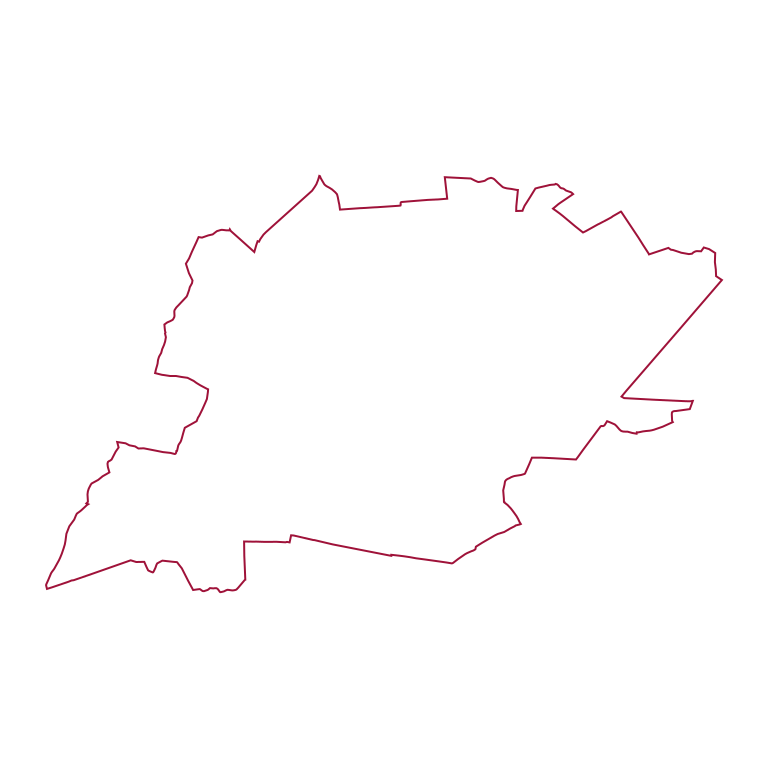 Sannicolau Roman, Bihor, Romania
{"feature_id": "2599482B50949816567850", "entity_name": "Sannicolau Roman", "entity_type": "district", "adm_level": 2, "iso_a3": "ROU", "parent_name": "Romania", "parent_adm1": "Bihor", "projection": "equal_earth", "projection_center": [21.725, 46.968], "detail": "fine", "context": "isolated", "style": "outline", "palette": "rose", "viewbox_px": 768, "rotation_deg": 0, "n_neighbors": 0, "source": "geoboundaries", "source_scale": "gbopen_adm2", "svg_char_len": 6087}
<svg xmlns="http://www.w3.org/2000/svg" viewBox="0 0 768 768"><path d="M520.8,524.0L519.6,522.1L518.2,519.1L516.5,516.1L514.0,512.6L512.3,510.3L510.8,508.4L507.6,505.0L504.5,502.6L504.5,502.2L504.0,502.0L503.9,501.1L503.9,499.1L503.2,490.4L504.5,484.7L504.9,482.2L505.1,481.3L505.6,480.6L506.2,479.9L507.0,479.3L507.9,478.8L509.3,478.2L511.1,477.2L512.9,476.5L514.5,476.0L520.9,475.0L522.7,474.5L524.3,474.0L525.0,473.6L529.2,464.2L531.9,457.7L542.1,457.7L553.1,458.2L576.0,459.5L577.7,457.3L583.1,449.8L597.6,430.4L600.6,426.4L601.3,426.0L603.0,426.1L604.1,425.6L604.6,425.2L607.1,421.2L610.2,422.4L613.8,424.0L614.7,424.4L615.2,424.8L616.4,425.9L619.5,429.5L621.0,430.8L622.2,431.3L623.8,431.6L627.7,431.7L632.4,433.0L636.6,433.7L636.8,432.3L638.1,432.4L639.7,432.1L643.0,431.4L646.2,431.0L649.5,430.7L651.7,430.3L654.0,429.7L662.7,426.7L672.8,422.1L672.4,421.5L672.1,420.6L671.8,414.5L671.9,412.8L672.0,412.4L672.5,411.8L673.3,411.4L673.8,411.2L674.3,411.1L676.1,411.0L689.8,409.1L692.8,400.9L692.3,400.9L691.6,401.1L689.9,401.3L685.6,401.2L653.5,399.7L624.1,398.1L621.5,396.6L626.4,390.7L680.6,328.0L721.9,280.0L716.1,276.2L715.8,269.4L714.9,262.1L715.2,253.0L709.4,249.3L709.1,249.1L703.8,247.5L701.1,251.3L696.8,251.1L695.4,251.4L693.4,252.4L692.0,253.7L688.9,254.1L681.1,252.7L680.3,252.4L673.0,250.0L670.9,249.7L669.2,248.5L668.4,247.9L649.0,254.4L648.6,253.5L643.2,245.2L638.5,237.7L634.1,231.1L621.1,211.6L620.8,211.6L620.0,212.1L617.6,213.5L612.9,216.2L611.4,217.3L608.5,218.9L599.2,223.8L597.9,224.4L585.7,231.2L583.0,232.5L575.2,226.3L563.0,216.1L559.7,213.5L555.6,210.5L553.7,209.2L553.0,208.6L555.0,207.0L558.3,204.2L560.7,202.5L573.1,194.1L572.3,193.3L571.2,192.4L570.5,192.1L567.9,191.2L566.5,190.7L565.8,190.4L564.2,189.1L563.3,188.6L562.5,188.4L561.3,188.2L560.4,187.7L559.7,187.0L559.1,186.2L558.1,185.1L557.0,184.3L555.6,183.9L554.8,184.5L551.2,184.8L549.6,185.0L546.9,185.7L538.6,187.6L535.4,188.5L530.1,197.1L527.0,202.0L524.6,205.7L523.1,209.1L522.5,210.8L516.2,211.0L516.3,206.4L517.9,190.0L516.6,189.9L511.1,188.9L507.1,188.4L505.4,188.0L504.0,187.6L502.8,187.1L501.6,186.1L497.7,182.6L495.1,180.0L494.1,179.1L493.1,178.5L492.2,178.2L491.3,177.9L490.8,177.9L490.1,178.1L488.3,178.6L487.4,179.1L486.3,179.7L485.7,180.2L484.7,180.8L483.6,181.1L480.1,181.8L478.6,182.0L477.6,181.8L476.5,181.3L474.7,180.5L470.8,178.5L444.8,177.2L447.2,198.7L438.6,199.4L427.8,199.9L410.0,201.3L401.7,202.0L401.2,202.2L400.8,202.4L400.7,202.7L400.6,203.5L400.7,204.5L400.6,205.1L400.5,205.5L400.2,205.6L398.3,205.8L377.5,207.2L373.3,207.4L365.8,207.9L359.6,208.2L340.0,209.6L339.3,204.6L338.7,201.9L337.8,197.2L337.2,194.9L336.7,193.8L336.5,193.7L335.3,192.3L332.0,189.4L329.5,187.8L326.4,186.1L325.0,185.0L324.3,184.3L322.3,180.9L320.6,177.9L320.0,176.2L319.3,175.9L318.1,179.9L316.4,184.2L314.6,187.1L312.1,190.7L265.9,232.2L263.5,234.6L260.3,239.1L259.0,241.7L257.6,241.2L256.3,245.0L254.3,252.0L239.7,238.9L230.8,231.0L229.8,229.3L229.3,230.4L226.1,230.3L222.7,229.9L221.2,229.9L219.6,230.3L218.5,230.7L217.2,231.0L215.9,231.9L213.6,233.7L212.7,234.4L208.3,235.4L202.0,237.6L198.6,237.1L196.3,242.3L191.9,251.8L189.1,258.4L185.9,263.7L188.9,273.1L192.5,280.5L192.0,283.2L189.8,287.2L189.1,290.0L187.2,295.4L186.6,296.6L180.4,303.2L176.3,307.5L174.7,309.9L174.4,310.8L174.3,311.6L174.5,315.9L174.2,317.3L173.7,318.2L172.9,319.6L172.2,320.1L170.1,321.2L167.3,322.4L165.5,323.7L164.4,324.5L164.7,328.1L164.8,328.9L165.0,330.8L165.5,332.6L165.0,333.3L165.9,337.2L165.1,341.6L164.0,345.0L162.2,349.1L161.2,352.9L159.2,356.4L158.8,357.4L158.0,360.1L157.6,363.5L157.1,365.5L155.9,369.6L155.1,373.1L161.9,374.8L164.2,375.1L166.8,375.5L170.1,376.0L172.6,376.0L176.0,376.0L181.7,377.0L187.5,377.8L193.8,381.0L196.1,382.7L197.2,383.4L200.3,385.3L205.0,387.8L206.9,388.8L208.1,389.3L207.9,392.0L206.9,399.0L205.2,403.0L202.3,409.5L199.2,415.8L198.0,417.6L196.6,421.2L184.8,427.8L183.3,432.8L181.9,438.0L181.1,440.6L180.3,442.3L179.0,444.1L178.3,445.4L177.2,450.2L176.9,451.0L176.4,451.0L176.1,452.8L175.6,453.6L174.9,454.0L174.3,453.9L170.4,452.9L163.0,452.1L157.0,450.9L143.7,448.3L138.4,448.5L135.1,446.4L129.4,445.3L125.6,443.3L117.2,442.0L118.6,447.5L115.7,451.6L111.6,459.5L110.3,460.5L108.9,461.2L108.0,461.9L107.7,462.9L107.5,463.8L107.6,464.7L107.8,466.5L108.0,467.5L109.4,472.4L102.4,476.4L102.0,476.8L98.2,479.9L91.6,483.5L90.7,484.8L88.8,488.5L87.9,491.3L87.5,494.4L87.9,501.4L87.9,501.8L86.4,503.4L88.2,504.2L86.8,505.1L85.6,506.3L81.3,510.3L79.4,511.8L77.4,513.2L76.8,513.7L75.9,515.5L74.2,519.6L69.3,526.3L66.4,533.8L65.5,540.7L64.8,544.5L63.6,548.4L61.8,553.7L60.2,557.6L58.9,560.4L56.4,564.9L54.3,568.7L53.6,569.7L52.0,571.8L51.1,573.2L48.2,580.1L46.2,584.5L46.1,585.4L47.0,588.9L52.1,587.3L68.6,581.7L71.5,580.5L73.7,580.2L92.8,573.6L130.7,560.3L136.2,562.0L141.6,561.9L144.3,561.9L146.5,567.0L148.1,570.3L148.7,570.7L151.1,571.8L152.5,572.3L152.8,572.4L153.2,572.2L153.9,571.0L155.0,568.7L155.5,567.6L156.3,565.2L156.8,564.1L157.2,563.4L160.9,561.4L162.3,560.7L162.9,560.7L173.9,561.9L176.6,562.1L177.2,562.3L178.7,564.4L181.8,568.3L188.2,580.9L192.1,588.1L193.1,590.0L197.9,589.3L199.7,589.1L200.2,589.3L202.5,591.0L203.2,591.1L204.2,591.1L207.5,590.0L208.2,589.6L210.0,588.1L213.2,588.4L214.1,588.3L214.7,588.2L215.2,588.2L216.4,588.2L216.8,588.4L217.6,588.9L218.3,589.7L219.0,590.7L219.8,591.8L220.2,592.1L220.9,592.1L222.3,591.8L223.9,591.4L225.1,590.8L226.3,590.2L227.5,589.8L228.5,589.9L232.0,590.4L232.6,590.4L233.8,590.3L235.6,589.9L236.1,589.7L236.6,589.4L238.3,587.6L244.9,579.8L245.3,579.7L244.3,555.9L244.1,541.5L255.0,541.7L255.6,541.6L265.4,541.9L276.6,541.8L285.6,542.3L287.0,541.9L289.6,542.4L291.1,535.3L293.7,535.5L313.1,540.0L314.5,540.1L332.7,544.4L390.5,555.7L391.3,555.8L391.3,554.8L398.5,555.6L404.1,556.3L410.1,557.2L416.1,558.3L424.4,559.4L438.8,561.4L446.5,562.5L451.9,563.4L453.1,562.9L458.0,559.1L465.1,554.2L467.1,553.1L471.2,551.3L473.4,550.5L474.8,549.7L475.4,549.2L475.9,546.7L482.1,542.8L494.5,535.6L497.7,534.0L504.2,532.0L510.2,528.5L514.9,526.1L515.5,525.5L519.9,524.4L520.8,524.0Z" fill="none" stroke="#9f1239" stroke-width="2"/></svg>